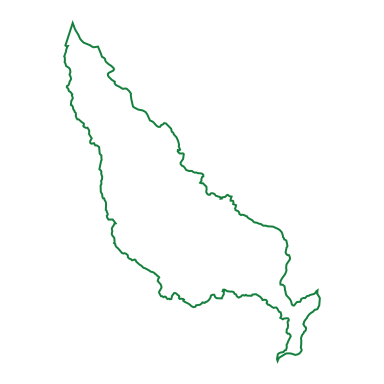 the district of São Valério, Tocantins, Brazil
{"feature_id": "56859067B12336080421503", "entity_name": "São Valério", "entity_type": "district", "adm_level": 2, "iso_a3": "BRA", "parent_name": "Brazil", "parent_adm1": "Tocantins", "projection": "orthographic", "projection_center": [-48.122, -11.769], "detail": "fine", "context": "isolated", "style": "outline", "palette": "green", "viewbox_px": 384, "rotation_deg": 0, "n_neighbors": 0, "source": "geoboundaries", "source_scale": "gbopen_adm2", "svg_char_len": 5981}
<svg xmlns="http://www.w3.org/2000/svg" viewBox="0 0 384 384"><path d="M65.4,45.5L66.3,46.2L67.8,46.1L67.1,47.2L66.2,49.9L66.0,51.5L64.2,56.5L64.8,57.4L64.9,60.8L64.6,62.1L65.4,63.4L66.1,66.0L69.0,67.9L70.1,69.6L70.4,72.1L69.5,74.8L70.3,76.0L71.1,78.7L70.5,80.2L69.7,81.4L69.1,83.9L68.3,85.3L67.0,86.1L66.8,87.2L68.4,89.0L68.6,90.5L69.3,91.4L70.3,91.8L72.3,94.3L71.8,95.2L72.8,97.9L72.3,99.5L71.3,100.9L70.9,105.0L72.1,105.5L72.8,106.8L73.4,109.5L74.3,110.5L74.6,111.8L75.7,112.9L76.0,114.4L75.7,115.7L76.6,118.2L77.3,119.3L78.6,119.3L81.6,122.0L83.8,123.5L83.9,124.9L83.3,125.9L84.0,126.9L86.0,127.9L87.5,127.7L89.2,130.5L89.1,134.2L91.7,138.3L90.2,141.0L90.1,142.1L90.5,143.2L91.5,143.7L94.0,143.2L95.2,145.4L96.8,145.4L99.1,147.0L99.7,153.4L100.2,154.4L101.4,155.3L101.4,158.2L101.7,159.8L101.0,161.2L99.4,169.3L100.7,170.4L101.4,171.5L101.2,173.8L102.2,176.6L102.0,179.4L101.2,180.7L101.4,184.0L100.6,185.5L100.8,191.9L102.1,194.1L102.5,197.2L103.0,198.3L104.2,198.4L104.6,200.0L105.8,202.0L106.1,204.3L105.8,209.9L106.7,210.9L106.9,212.2L107.7,213.6L107.7,214.7L106.8,215.8L107.1,217.4L108.5,219.6L112.7,219.5L115.7,223.4L114.4,223.8L113.8,225.2L112.2,227.5L111.8,228.9L112.3,231.3L111.7,233.8L112.3,235.5L114.3,237.9L114.6,242.1L114.0,243.0L115.2,243.9L115.5,245.6L116.7,247.3L117.9,248.2L122.0,253.0L123.3,253.5L124.6,253.2L125.8,253.6L126.6,254.2L127.8,255.3L127.9,257.2L129.1,258.5L130.9,259.2L132.1,260.3L134.7,259.5L135.7,260.3L136.3,261.7L139.3,264.4L141.6,265.9L143.3,267.7L144.9,268.2L148.6,270.1L150.8,271.7L152.1,271.9L153.6,272.5L154.6,273.2L155.3,274.1L156.4,274.6L157.0,275.6L158.2,276.3L159.2,277.4L158.4,278.5L157.7,281.0L160.6,284.3L161.3,286.1L161.5,287.7L159.1,291.8L159.2,293.0L161.0,296.2L162.4,296.3L163.4,297.2L164.9,296.5L166.1,297.2L166.6,298.3L167.7,299.0L169.1,298.7L170.1,299.3L171.3,299.0L172.1,295.8L174.2,293.0L175.3,293.1L176.5,293.7L177.5,294.8L178.8,295.6L179.3,296.5L178.9,297.8L179.6,298.9L181.4,298.7L183.2,299.0L184.0,299.6L183.3,300.8L184.6,301.8L187.8,303.3L189.7,304.5L191.5,306.2L193.4,307.1L194.4,307.0L195.5,306.6L196.1,305.3L199.9,304.8L201.8,303.4L202.4,302.4L204.7,302.9L205.5,302.1L206.8,301.7L208.4,300.5L209.4,299.3L210.6,297.3L210.7,296.1L211.5,295.1L212.8,294.7L214.3,294.8L214.8,296.3L215.5,297.4L216.7,298.2L221.8,298.4L222.8,295.8L223.7,294.5L223.9,291.5L222.6,291.2L223.2,289.7L224.8,289.7L227.3,291.2L228.3,291.4L232.8,291.7L233.9,292.3L234.4,293.7L236.0,294.4L236.6,295.8L237.5,296.9L238.7,297.6L241.1,296.4L242.1,295.3L243.5,295.2L244.7,295.6L245.9,294.9L247.0,295.6L251.6,295.8L252.4,294.6L256.0,294.2L260.2,296.8L262.0,298.7L262.5,300.0L264.8,299.7L266.3,300.1L267.2,301.6L266.6,303.1L268.1,304.8L269.2,304.8L272.5,307.3L273.8,307.9L275.1,307.5L276.3,307.5L277.1,308.3L279.1,311.8L280.6,312.3L281.4,315.7L280.3,317.8L282.9,319.3L283.8,318.6L286.6,318.2L288.0,318.4L288.7,319.3L288.7,320.6L287.8,321.2L287.6,322.4L288.1,325.5L287.7,328.2L286.8,329.3L286.5,332.4L287.8,333.7L289.1,333.7L290.4,335.1L290.7,336.4L288.2,341.2L287.4,343.5L286.6,344.7L286.8,347.5L286.0,350.0L284.6,350.5L283.5,352.0L280.4,352.6L278.8,353.4L277.8,354.3L277.0,359.2L277.6,361.0L278.9,357.9L285.7,353.7L287.1,353.4L289.8,353.4L291.4,353.6L295.2,354.9L297.9,354.3L299.5,353.4L301.4,351.0L301.7,350.0L300.8,347.3L301.2,344.5L301.3,340.6L301.0,338.0L302.2,334.9L303.6,333.2L304.0,331.9L305.5,330.8L306.1,328.9L305.9,327.4L304.7,326.5L303.3,324.0L303.9,323.1L304.1,321.7L305.8,319.2L306.7,318.4L307.3,316.9L309.2,314.4L311.0,312.9L313.2,311.6L313.9,310.6L315.0,309.7L316.9,309.4L318.0,308.3L318.3,307.1L319.2,305.7L319.8,298.9L319.7,297.7L317.2,293.7L317.5,290.4L316.2,291.4L315.2,293.1L314.2,293.9L310.0,295.0L308.9,295.8L307.2,296.0L305.0,298.1L303.5,298.0L302.1,298.5L301.1,299.2L300.9,300.3L300.1,301.8L297.1,302.0L296.3,302.7L294.1,305.5L293.1,305.5L291.9,304.5L291.1,301.4L290.0,299.2L286.4,295.3L285.7,293.2L285.5,291.5L284.9,289.9L284.9,288.1L284.5,286.3L282.8,284.8L280.5,284.6L280.3,282.7L280.6,281.0L282.0,278.4L285.0,274.3L286.2,271.5L286.5,269.7L286.1,268.1L286.5,264.4L289.8,259.5L290.1,258.1L289.1,255.2L287.5,255.1L286.3,254.0L285.6,252.5L286.6,247.4L287.4,246.5L287.3,244.9L286.3,240.5L284.2,239.3L283.9,238.2L283.0,237.1L282.9,235.9L282.2,233.3L281.4,231.8L280.0,230.3L278.4,229.1L272.9,226.6L267.6,226.3L265.9,225.7L263.3,225.7L260.8,224.0L259.3,223.8L256.8,222.7L254.5,222.4L253.3,221.6L252.4,220.3L248.5,218.2L247.4,217.2L246.9,216.3L245.7,216.0L244.7,215.3L242.3,214.7L241.0,215.0L239.4,214.0L239.1,212.3L238.0,211.1L235.5,210.1L235.1,208.4L235.7,207.0L236.0,205.2L233.1,204.0L233.5,202.3L233.1,201.0L232.0,200.7L230.6,200.7L230.6,199.4L231.6,196.6L229.4,196.2L228.3,195.2L227.2,194.9L225.1,196.9L222.6,197.3L221.8,198.6L220.5,198.7L220.8,197.4L215.6,195.6L214.6,194.1L213.2,193.4L211.8,193.2L210.7,193.5L209.8,194.8L208.3,194.7L207.1,193.7L206.2,191.9L206.6,189.4L206.4,186.7L202.9,183.2L201.5,183.3L200.1,182.8L201.5,180.7L201.3,179.3L202.2,176.9L203.3,176.5L203.3,175.0L202.4,173.9L201.1,173.4L198.1,173.2L196.2,172.5L194.6,172.6L193.1,171.9L191.9,170.9L189.1,171.0L186.2,170.0L184.5,167.4L183.4,166.3L181.9,165.7L180.6,164.0L180.6,162.6L183.1,159.0L183.8,154.1L183.0,153.4L179.9,153.5L178.9,152.8L177.7,151.3L177.9,150.1L179.1,150.3L180.1,149.7L178.7,146.2L179.1,144.7L178.1,141.0L176.5,137.3L173.9,134.5L173.3,132.8L171.8,131.7L171.1,128.7L166.0,123.5L164.2,123.1L162.8,124.5L161.2,125.1L160.1,126.8L158.5,126.9L157.1,126.2L155.6,124.8L153.8,122.6L152.6,121.6L149.9,120.4L147.5,114.9L146.0,112.5L145.2,111.8L142.6,110.4L138.3,109.6L133.5,107.1L132.9,106.1L131.4,99.6L130.8,95.2L130.9,93.5L129.1,91.0L126.6,88.7L125.4,88.5L122.6,88.8L119.5,86.8L115.8,85.0L114.6,83.3L114.8,81.7L111.9,79.9L108.9,77.0L108.0,75.6L107.8,74.0L108.8,72.8L113.1,70.7L114.1,69.3L113.5,68.0L111.2,65.8L108.9,64.4L106.0,61.9L105.3,60.6L105.1,59.1L104.4,58.2L101.9,56.7L101.0,53.9L98.0,46.6L93.6,47.3L91.6,46.4L90.0,45.2L83.8,42.7L81.5,40.5L80.0,38.6L78.5,35.1L75.1,29.5L72.7,23.0L65.4,45.5Z" fill="none" stroke="#15803d" stroke-width="2"/></svg>